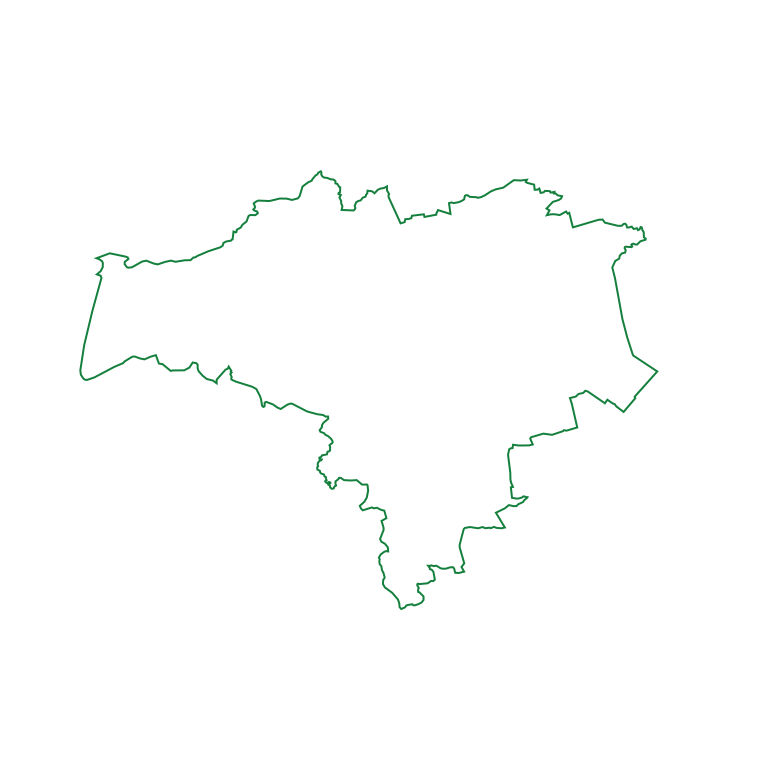 Trang Bom, Đồng Nai, Vietnam, rotated 255°
{"feature_id": "81297802B42890675400166", "entity_name": "Trang Bom", "entity_type": "district", "adm_level": 2, "iso_a3": "VNM", "parent_name": "Vietnam", "parent_adm1": "Đồng Nai", "projection": "natural_earth1", "projection_center": [107.029, 10.976], "detail": "fine", "context": "isolated", "style": "outline", "palette": "green", "viewbox_px": 768, "rotation_deg": 255, "n_neighbors": 0, "source": "geoboundaries", "source_scale": "gbopen_adm2", "svg_char_len": 6161}
<svg xmlns="http://www.w3.org/2000/svg" viewBox="0 0 768 768"><g transform="rotate(255 384 384)"><path d="M306.8,622.8L325.4,651.2L346.9,632.2L348.1,631.9L365.9,631.0L384.9,631.1L426.3,634.5L437.5,634.7L443.0,639.2L444.2,643.6L447.0,645.0L448.6,647.7L448.5,650.9L450.7,652.1L453.1,651.6L453.9,652.1L454.1,653.0L452.1,658.6L452.7,659.4L454.4,658.9L455.1,660.1L454.9,661.4L453.6,663.0L453.2,664.5L455.5,668.7L455.7,674.0L456.6,674.4L458.5,673.0L463.5,674.2L465.8,673.4L468.6,673.5L469.2,672.5L467.1,670.7L466.9,669.1L469.0,668.6L469.1,665.3L471.9,664.0L471.8,660.8L472.4,659.3L475.0,659.3L476.4,658.5L476.6,657.0L475.3,654.5L476.3,650.8L482.7,639.1L486.3,637.7L487.1,633.7L486.4,607.0L501.4,607.2L501.0,605.5L503.5,604.5L501.7,597.4L503.7,593.0L504.7,589.2L504.9,585.0L508.9,588.8L511.4,586.4L516.2,594.2L516.5,600.4L517.4,603.1L519.3,604.6L521.3,600.6L523.9,598.9L524.1,597.2L524.7,597.0L525.5,597.9L525.8,594.4L527.3,594.2L528.9,589.5L527.8,587.8L528.1,584.7L532.6,584.6L532.0,582.8L532.6,579.8L537.7,580.6L541.2,574.4L542.5,573.2L544.3,574.9L545.2,568.6L547.3,562.2L542.8,550.0L543.1,542.4L542.4,537.1L540.1,530.2L539.4,526.3L539.6,522.6L540.4,521.9L542.5,515.5L544.8,513.4L545.1,512.4L544.8,510.8L541.6,509.2L540.8,506.6L540.3,503.3L540.7,498.2L541.9,496.1L541.9,493.6L531.0,492.2L538.0,481.2L535.3,478.8L534.0,478.3L534.9,466.3L537.6,466.4L539.3,454.5L537.1,453.3L537.0,450.8L537.7,447.2L535.0,445.8L534.9,441.6L563.5,436.8L565.4,437.3L566.1,438.1L570.2,437.0L574.1,438.0L573.3,434.7L573.7,431.0L573.2,428.3L570.7,424.2L573.2,422.4L575.0,418.1L572.5,417.2L571.4,415.7L569.8,414.7L569.4,411.6L567.4,409.0L567.4,406.3L566.7,404.1L563.6,401.8L561.4,401.9L560.2,401.0L559.5,399.5L563.1,388.1L566.4,389.8L569.6,389.4L572.0,390.0L575.6,389.2L577.7,391.2L578.6,389.9L579.3,390.2L579.6,389.3L580.3,389.7L580.7,391.2L585.3,392.6L585.9,391.8L589.4,390.7L590.4,389.0L592.4,389.6L593.4,389.1L594.8,387.8L595.4,385.6L597.7,382.6L598.9,379.6L600.5,378.2L602.5,377.6L604.4,378.3L605.8,378.0L605.1,375.2L603.7,373.9L603.2,372.0L600.4,367.9L599.1,366.8L598.4,362.8L595.8,356.4L587.4,351.2L585.6,348.9L585.6,342.8L588.3,337.8L590.1,331.4L590.4,320.6L593.7,310.1L593.4,308.0L592.2,304.9L588.3,305.3L587.5,304.7L586.4,302.9L585.3,303.5L583.3,306.2L581.6,306.3L580.4,303.5L581.8,298.6L581.5,296.8L576.5,293.2L574.5,288.5L572.2,286.1L571.1,281.7L569.0,280.8L568.8,280.0L570.2,278.1L562.9,275.2L562.9,274.4L562.1,273.3L562.5,268.2L561.8,265.5L559.4,264.0L558.4,261.3L557.7,248.7L556.0,236.9L555.2,234.7L555.5,232.6L553.7,229.2L555.1,223.4L556.0,214.3L558.3,210.1L558.6,204.3L558.1,196.4L559.9,192.8L564.6,186.4L564.9,182.2L562.0,170.9L562.5,167.2L563.3,165.9L566.9,164.5L569.1,165.2L570.9,169.5L572.6,169.2L574.0,167.2L581.2,153.0L579.9,138.9L578.3,141.2L575.5,143.5L573.5,143.7L569.7,142.6L566.4,139.6L564.2,135.0L562.0,138.3L559.5,138.5L530.0,121.2L499.2,104.5L475.8,94.2L471.5,93.6L467.0,95.0L465.6,96.3L464.8,98.1L465.3,105.9L470.3,127.7L471.7,137.4L473.0,139.4L475.5,147.9L475.1,150.3L471.8,155.0L469.8,159.0L470.8,165.8L470.9,171.1L462.0,171.9L460.4,175.3L451.8,181.4L451.8,183.4L448.9,194.6L450.2,200.2L454.3,204.8L452.6,208.2L450.9,209.0L447.6,208.1L444.5,208.2L438.9,211.0L434.7,214.1L431.5,219.8L428.0,222.5L431.5,223.5L438.9,234.7L439.2,237.0L441.0,238.5L436.4,239.9L435.5,239.1L434.6,239.8L433.3,238.1L430.4,238.7L428.3,237.7L427.3,238.3L424.6,241.6L415.3,256.2L412.1,259.4L404.8,261.0L401.3,261.3L394.5,260.6L393.1,261.5L393.3,262.8L396.8,263.9L397.2,265.6L393.0,271.5L388.9,274.9L386.6,277.7L389.1,285.5L389.3,288.7L388.5,290.4L377.4,302.6L372.1,311.7L369.8,317.2L367.6,319.2L367.1,321.5L364.9,321.2L362.1,315.3L360.2,313.4L358.4,312.9L356.1,309.9L354.3,310.2L352.0,313.4L350.3,314.1L348.0,316.6L344.6,318.8L342.0,319.5L340.6,319.1L339.0,315.5L337.3,315.7L333.8,314.7L333.2,313.9L333.2,311.9L330.8,310.7L331.1,305.6L329.8,304.4L329.6,302.5L328.0,302.3L327.2,304.3L326.6,303.7L326.5,302.0L325.1,299.9L323.5,299.1L321.6,299.1L320.8,297.9L318.7,297.5L316.6,299.6L315.2,299.4L313.8,300.1L312.1,302.6L310.1,302.7L309.0,303.8L307.6,303.4L306.0,303.7L305.3,302.0L304.0,302.4L303.2,303.4L303.6,305.5L302.7,306.7L302.0,306.5L301.9,304.7L301.3,304.1L299.8,305.5L298.0,305.2L296.2,306.6L296.1,308.3L297.7,309.5L298.3,311.4L300.4,311.3L302.5,312.0L303.9,315.3L305.0,316.4L304.4,318.1L301.5,320.5L299.4,326.9L298.2,332.8L292.5,336.8L291.3,341.5L290.6,341.9L285.1,341.1L278.8,338.0L275.4,334.7L272.6,329.1L269.8,329.5L267.5,330.8L267.9,340.4L266.5,342.1L266.3,345.1L263.2,348.6L261.6,351.5L253.8,351.6L252.4,346.2L245.6,346.4L243.2,345.9L235.3,340.1L232.4,340.6L229.5,343.5L225.3,345.4L221.2,344.7L222.0,342.8L221.9,340.9L220.2,336.7L217.6,334.1L215.8,334.5L214.3,333.7L211.1,333.2L208.7,334.3L204.9,333.9L201.2,334.6L197.5,334.6L196.6,334.4L194.9,332.5L191.1,331.2L187.3,332.2L180.3,337.8L172.3,341.7L168.3,342.0L164.5,341.3L162.2,342.4L162.8,346.3L164.2,348.2L164.4,349.5L163.9,354.4L162.7,355.0L162.2,356.5L162.5,360.5L163.2,363.7L165.2,366.3L168.6,367.2L173.7,364.2L174.3,363.2L176.4,363.6L178.0,364.8L181.1,364.0L182.1,364.5L182.3,365.4L181.6,366.2L180.2,374.6L181.6,378.6L180.9,380.7L181.9,382.5L189.8,383.1L192.2,382.1L193.3,380.4L194.5,380.6L197.0,379.6L196.3,381.8L196.6,382.7L195.3,384.7L194.9,387.6L191.5,390.8L190.4,392.8L189.6,396.1L189.8,400.4L189.2,403.2L187.6,404.0L183.3,403.9L182.1,407.2L182.0,412.8L187.2,411.5L190.0,415.1L206.3,414.8L209.2,415.5L223.1,423.4L224.0,424.8L223.6,430.0L220.3,437.5L220.3,442.2L218.5,444.5L217.9,448.7L217.1,449.7L217.5,453.3L215.9,455.4L214.2,460.3L214.1,463.6L230.7,458.8L232.6,468.5L234.7,473.3L232.5,477.5L231.8,480.4L233.1,482.6L234.0,487.7L235.4,489.3L237.0,492.7L237.5,493.3L239.4,489.6L238.6,487.7L238.6,484.5L238.9,482.6L240.9,478.2L251.4,479.8L251.2,481.9L255.8,481.2L259.0,481.4L265.5,483.0L283.6,485.5L288.6,488.1L289.1,490.4L288.8,491.6L291.9,492.9L289.7,498.3L287.1,508.4L287.1,512.0L293.5,511.1L294.5,512.3L294.8,525.1L291.4,533.2L292.1,544.7L292.8,545.8L291.7,548.3L292.0,559.4L316.2,560.3L322.3,560.0L322.2,566.0L324.0,569.3L323.8,574.2L325.4,576.7L323.9,579.0L308.2,592.4L311.0,595.7L306.2,599.7L304.8,601.6L302.1,602.7L295.0,608.2L305.2,623.0L306.8,622.8Z" fill="none" stroke="#15803d" stroke-width="2"/></g></svg>